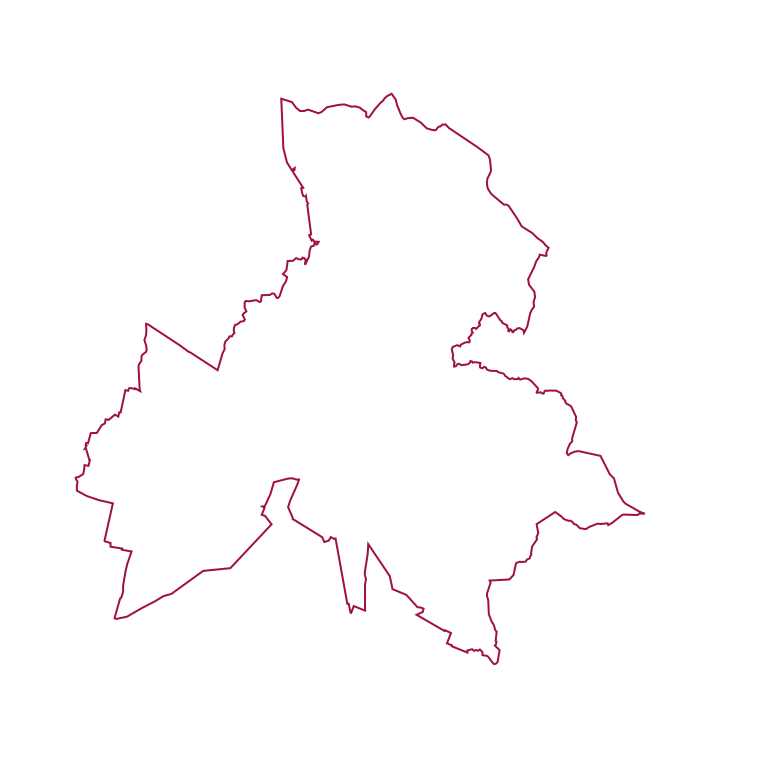 the district of Sayula, Jalisco, Mexico, rotated 192°
{"feature_id": "50627088B35146246473930", "entity_name": "Sayula", "entity_type": "district", "adm_level": 2, "iso_a3": "MEX", "parent_name": "Mexico", "parent_adm1": "Jalisco", "projection": "robinson", "projection_center": [-103.599, 19.857], "detail": "fine", "context": "isolated", "style": "outline", "palette": "rose", "viewbox_px": 768, "rotation_deg": 192, "n_neighbors": 0, "source": "geoboundaries", "source_scale": "gbopen_adm2", "svg_char_len": 6163}
<svg xmlns="http://www.w3.org/2000/svg" viewBox="0 0 768 768"><g transform="rotate(192 384 384)"><path d="M225.7,139.1L219.0,133.3L217.7,133.0L216.4,133.7L215.1,135.6L215.6,147.7L221.2,151.2L220.3,152.8L220.5,155.5L221.4,156.0L222.3,165.1L224.5,166.9L225.0,168.5L227.3,172.1L229.2,173.8L233.6,180.6L237.1,194.2L239.2,198.1L239.7,200.3L238.4,211.8L239.8,213.7L220.7,218.9L217.6,224.1L217.6,235.8L217.2,236.6L214.0,238.5L213.2,238.3L208.5,239.7L207.6,242.0L205.2,243.8L205.2,245.6L204.4,247.6L204.9,248.5L205.3,255.9L202.0,263.9L203.0,265.7L202.1,270.3L205.6,278.6L189.9,294.4L182.6,291.1L180.0,289.3L175.1,288.5L173.1,289.1L171.1,288.3L169.2,286.6L166.2,286.2L162.6,283.7L157.3,283.9L155.8,284.4L153.9,286.6L146.2,291.7L142.7,292.2L136.3,294.2L135.3,292.6L132.0,295.5L124.1,305.1L122.7,306.1L110.5,308.2L108.4,308.8L107.3,310.3L101.9,311.4L107.4,312.2L123.0,317.2L125.3,318.7L132.5,326.3L139.4,339.4L144.5,342.8L157.3,358.7L179.9,358.8L183.3,357.5L187.0,355.0L189.0,352.7L190.9,354.4L190.9,358.6L189.7,364.3L188.0,366.9L188.7,369.8L187.4,386.7L188.8,388.2L189.3,391.8L195.6,400.2L197.3,401.6L201.3,402.6L202.6,403.6L203.2,405.3L206.1,407.3L207.1,409.5L208.4,409.9L208.4,411.2L209.2,411.9L214.0,413.3L220.5,412.1L223.3,411.1L224.7,411.2L225.5,410.1L226.0,407.7L227.6,407.7L229.1,408.5L232.5,407.2L233.0,407.6L232.2,410.7L232.6,411.9L240.3,417.4L244.3,419.0L248.3,418.6L251.2,416.8L252.4,416.7L253.6,417.9L254.6,416.5L257.4,415.8L259.3,416.4L262.1,414.9L267.2,417.1L268.1,418.3L269.7,419.1L274.8,419.3L276.2,420.2L282.3,419.1L285.5,419.3L286.7,419.9L287.6,421.2L289.6,421.6L291.1,419.8L292.7,420.0L293.5,420.2L294.1,422.2L293.9,424.4L295.0,424.6L300.1,424.2L301.7,423.3L302.7,424.4L304.2,424.4L304.3,422.8L306.1,420.7L311.9,418.6L315.2,419.3L316.2,418.8L317.4,416.3L319.0,415.6L319.6,417.2L319.4,419.7L322.2,423.2L322.3,426.4L324.9,432.0L324.5,434.5L320.5,437.2L317.3,436.6L317.1,438.4L313.8,441.1L311.8,442.1L309.5,442.4L309.0,443.3L309.3,444.7L310.7,446.2L310.8,447.0L308.7,450.2L308.9,451.2L307.8,452.6L309.1,453.7L309.6,456.1L308.5,457.4L306.9,457.7L305.3,457.1L303.4,460.2L302.4,461.1L302.6,462.5L303.5,462.8L303.9,463.9L302.3,468.0L302.1,472.5L300.6,474.1L299.7,474.4L297.6,472.2L295.0,472.0L290.9,476.4L289.7,476.6L283.6,470.7L281.7,469.7L280.9,468.3L275.7,467.0L275.1,464.7L273.7,464.1L273.3,463.4L273.6,461.9L272.7,461.5L271.5,463.7L270.4,463.2L269.1,461.5L268.4,461.5L267.5,463.8L266.1,464.5L265.5,465.8L263.1,466.9L258.9,465.7L257.7,463.1L255.8,469.9L255.7,483.6L254.8,487.6L253.2,490.9L254.8,495.3L254.3,500.4L256.1,505.5L262.8,511.3L264.8,516.4L261.4,529.8L260.6,535.9L258.7,540.2L258.5,542.9L252.3,542.9L251.7,543.4L252.5,545.4L252.4,547.4L251.3,551.5L254.9,553.3L258.0,555.9L264.0,558.5L270.4,562.5L282.1,566.8L288.4,573.8L299.4,584.4L301.2,584.9L304.1,584.4L318.5,592.1L322.7,596.3L324.1,598.8L325.4,603.1L325.5,606.7L323.8,613.4L323.8,615.5L327.0,625.6L329.4,629.4L342.1,635.2L373.7,647.9L377.7,650.7L380.9,649.8L382.6,647.5L383.5,647.4L384.6,646.3L385.8,643.6L386.7,642.8L390.1,642.5L395.4,643.0L402.5,647.4L411.1,650.5L416.1,648.9L419.2,647.2L421.0,648.2L424.0,651.9L429.5,660.0L431.5,664.4L436.9,669.5L441.0,666.1L442.9,663.4L443.7,661.1L445.8,658.4L449.8,651.4L453.5,642.8L454.5,641.5L457.0,642.0L458.0,646.3L462.7,647.9L464.5,649.1L467.8,649.6L470.3,649.5L473.2,648.5L481.1,649.2L486.6,647.5L497.3,642.9L501.6,637.1L504.5,635.2L514.6,636.5L515.9,636.4L518.8,634.4L523.0,633.6L527.8,636.2L532.6,640.6L543.8,641.7L531.5,593.8L524.9,580.4L518.6,574.0L516.3,576.7L516.0,574.6L517.9,573.3L503.8,559.0L505.7,558.2L503.8,553.9L502.1,551.1L499.4,551.1L499.3,551.5L497.4,546.3L495.8,545.0L496.3,543.3L486.4,515.2L488.2,514.0L484.6,509.2L483.5,510.4L482.2,508.8L477.5,509.5L478.3,506.8L479.2,506.3L481.1,507.5L481.5,504.5L483.9,503.3L484.5,499.0L483.8,493.1L486.0,484.2L486.5,486.2L486.1,487.5L486.2,489.4L487.5,489.4L487.9,490.5L490.0,490.7L490.3,489.3L491.1,488.5L493.6,488.3L496.1,488.9L498.8,485.5L503.8,484.3L503.1,475.2L505.7,470.5L501.0,468.5L501.2,464.2L503.2,458.8L504.4,448.2L505.2,446.6L505.7,446.0L506.8,446.0L510.0,449.4L512.1,449.4L514.2,447.4L522.0,445.4L521.6,439.2L522.6,438.3L526.4,439.5L533.3,436.8L536.4,436.5L537.3,435.1L536.3,430.0L533.7,426.3L535.5,424.5L536.7,422.1L533.5,418.2L533.9,416.9L534.9,416.0L537.2,415.2L539.8,411.9L541.9,410.9L542.4,407.8L542.1,405.1L540.9,402.9L542.2,400.8L542.6,399.0L544.9,398.6L545.6,396.4L548.1,392.3L548.2,388.8L547.1,385.0L548.3,380.5L549.6,362.9L580.2,374.7L581.4,374.7L592.1,379.5L627.4,393.3L629.2,393.4L627.4,386.2L626.9,382.0L627.5,377.3L624.5,371.8L623.2,367.8L623.5,365.8L626.5,362.3L627.0,360.8L626.1,356.3L627.7,352.4L627.7,349.9L622.0,328.3L620.9,326.3L626.6,328.0L626.6,327.3L631.8,327.3L632.6,326.6L632.8,324.2L635.7,324.2L635.7,301.4L637.1,301.2L637.1,296.9L640.8,298.1L645.8,291.7L648.9,291.6L648.9,287.3L651.7,284.9L654.6,276.5L660.6,275.0L661.2,264.5L663.0,264.4L663.1,262.0L662.1,261.7L663.1,258.6L662.2,259.2L656.3,248.2L655.9,248.3L656.0,242.6L660.1,242.3L659.5,238.2L659.5,233.4L663.3,229.6L666.1,228.4L665.8,227.2L663.5,224.8L663.1,219.7L662.2,215.8L651.3,212.6L638.4,211.1L624.4,210.9L624.8,172.7L624.4,172.1L618.4,171.6L617.7,168.0L605.9,168.6L606.0,167.4L596.3,167.6L596.0,168.7L597.7,154.5L597.9,146.9L597.2,132.0L596.0,126.6L596.4,121.7L596.9,119.8L597.5,119.5L598.9,99.1L598.0,98.5L596.5,98.8L587.1,102.9L574.7,114.1L562.4,124.2L555.8,130.5L548.3,134.5L522.0,163.6L496.0,171.9L464.8,223.4L473.0,230.3L476.4,230.6L475.1,238.1L477.5,238.9L475.3,239.8L474.6,242.1L472.2,252.8L471.3,265.0L457.9,271.7L453.8,272.7L450.0,272.3L447.3,272.9L447.9,267.6L451.5,250.6L452.2,243.6L445.6,234.3L445.2,233.0L412.6,221.3L409.5,217.0L405.5,219.3L404.2,223.2L400.7,222.1L399.3,222.9L374.2,161.4L372.8,161.7L369.3,153.5L368.5,153.4L367.4,160.5L355.4,158.4L360.8,183.4L361.1,189.7L362.9,192.8L363.6,195.7L364.6,214.1L366.1,224.1L338.4,197.3L333.0,185.1L318.3,182.4L304.8,172.6L301.9,173.0L298.6,172.5L298.7,169.1L304.1,165.0L273.4,155.0L273.2,155.8L266.7,154.4L268.5,143.4L263.3,142.5L263.3,141.6L246.5,138.6L247.0,140.7L242.7,142.9L240.5,141.7L238.8,142.9L236.8,142.6L235.0,144.2L232.0,142.3L231.3,139.2L227.1,139.5L225.7,139.1Z" fill="none" stroke="#9f1239" stroke-width="2"/></g></svg>